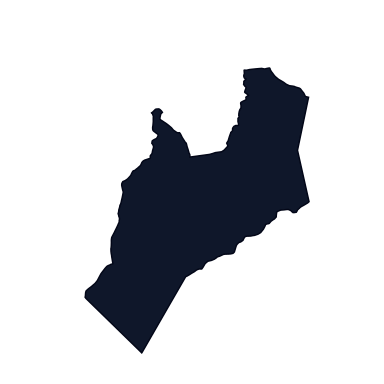 the district of Morne Ciseaux, Anse-la-Raye, Saint Lucia, rotated 48°
{"feature_id": "8701671B86288644178895", "entity_name": "Morne Ciseaux", "entity_type": "district", "adm_level": 2, "iso_a3": "LCA", "parent_name": "Saint Lucia", "parent_adm1": "Anse-la-Raye", "projection": "orthographic", "projection_center": [-61.005, 13.936], "detail": "fine", "context": "isolated", "style": "filled", "palette": "ink", "viewbox_px": 384, "rotation_deg": 48, "n_neighbors": 0, "source": "geoboundaries", "source_scale": "gbopen_adm2", "svg_char_len": 4827}
<svg xmlns="http://www.w3.org/2000/svg" viewBox="0 0 384 384"><g transform="rotate(48 192 192)"><path d="M199.6,42.0L197.4,43.5L196.8,43.8L193.4,42.8L190.1,42.6L188.0,42.4L186.7,42.7L183.3,44.8L181.9,45.4L180.5,46.5L178.2,48.5L177.0,49.0L175.2,49.8L173.4,50.2L171.8,50.5L168.6,51.5L166.2,52.3L161.9,52.9L160.8,52.9L159.3,52.8L157.6,52.6L156.0,52.5L154.8,52.3L153.6,52.0L152.3,51.4L151.8,51.4L151.3,52.0L150.2,53.8L149.6,55.0L149.2,55.7L146.8,57.5L145.0,59.8L142.1,63.7L139.5,67.3L138.0,70.0L137.6,70.4L137.2,70.8L136.4,71.6L136.5,71.9L137.4,72.6L139.2,74.0L139.5,74.7L139.7,75.0L140.3,75.8L141.1,76.3L141.7,76.6L142.4,76.8L143.4,76.5L143.7,76.4L143.9,76.4L144.1,76.3L144.4,76.8L144.3,77.2L144.3,77.6L144.3,78.6L144.6,79.6L145.1,80.0L146.0,80.9L146.5,81.6L147.5,81.8L148.9,81.9L149.8,81.8L150.4,81.8L151.2,82.8L151.5,83.5L152.3,85.0L152.7,85.6L153.0,86.0L153.7,86.1L154.5,85.9L155.3,85.7L156.7,85.5L158.0,85.4L158.0,86.0L157.6,87.6L157.6,88.4L158.1,89.0L158.5,89.2L158.7,89.3L159.1,89.5L159.5,90.1L159.4,91.0L158.9,92.6L158.4,94.4L158.2,95.5L158.3,96.1L158.9,96.7L159.9,97.3L160.8,97.9L161.5,98.6L161.9,99.0L162.1,99.2L162.4,99.5L162.6,100.4L162.9,101.5L163.7,102.9L165.0,104.6L165.2,104.8L166.5,106.1L167.7,106.6L167.9,107.3L168.0,108.5L169.0,109.4L170.4,110.7L172.3,111.7L173.6,112.8L173.2,113.6L171.9,114.9L171.3,116.9L171.6,118.5L172.0,119.4L173.4,120.7L173.7,121.6L173.7,123.3L174.1,123.8L174.8,125.2L175.9,127.2L178.1,130.8L178.9,133.5L180.4,134.0L181.5,134.4L181.9,134.6L182.4,140.3L181.9,143.1L178.4,148.2L177.1,151.2L175.8,153.8L173.9,156.6L164.7,170.1L162.7,168.6L161.0,168.1L158.2,166.7L154.8,165.2L153.2,164.3L151.8,163.6L150.9,163.8L148.5,163.4L144.9,162.8L142.5,162.1L140.9,161.7L139.6,161.6L139.0,162.4L137.7,163.5L136.1,163.8L135.0,164.1L133.7,164.4L132.8,164.4L130.5,164.3L126.8,164.8L124.6,165.2L119.4,166.5L119.1,166.6L117.7,167.0L116.4,167.0L115.6,166.4L114.4,164.8L113.2,163.1L113.1,162.4L113.0,160.7L111.4,160.5L109.5,160.6L108.1,161.0L106.8,162.6L106.3,163.3L106.2,163.7L106.1,164.0L106.2,165.6L106.3,167.5L106.2,168.7L106.1,169.1L106.3,169.2L107.2,169.0L109.8,170.0L111.0,171.2L113.9,173.8L115.4,175.4L116.6,176.7L117.5,177.9L119.0,179.2L120.3,179.8L121.5,179.7L123.0,179.4L124.9,179.1L126.1,178.7L127.4,179.4L128.0,180.8L128.5,182.6L127.8,184.8L127.5,186.2L127.5,186.4L127.4,187.2L127.8,187.9L128.4,188.6L129.0,189.3L130.2,189.3L132.3,190.0L133.2,190.9L135.0,193.8L136.2,195.3L136.8,196.4L136.9,197.5L137.2,198.8L137.6,199.2L138.8,200.1L138.9,200.4L138.8,200.9L137.5,203.9L136.6,206.0L136.3,207.7L136.5,209.4L137.2,210.9L137.8,212.4L137.9,214.1L137.8,215.1L137.9,216.4L137.7,218.2L137.8,219.3L137.5,220.4L137.1,221.3L137.0,222.1L137.8,224.4L138.7,226.4L138.9,227.9L139.2,231.2L138.8,234.1L138.2,235.8L138.0,236.4L138.6,238.2L139.1,238.9L139.9,239.7L141.2,240.5L144.0,242.1L145.7,242.9L146.4,243.5L149.6,247.8L151.3,250.3L151.7,250.8L152.1,251.3L153.1,252.9L153.4,253.5L153.6,254.3L154.9,256.0L155.7,257.3L156.1,258.0L156.7,258.8L157.1,259.1L158.2,260.6L158.7,261.4L160.3,262.1L160.8,262.5L162.5,263.2L163.5,263.9L164.7,265.4L165.7,266.3L166.2,267.6L167.2,269.7L167.9,271.4L168.6,273.1L169.3,274.9L170.1,276.8L171.2,279.8L171.8,281.4L171.9,281.7L172.0,282.0L173.2,283.5L174.2,284.5L175.7,285.8L178.1,288.1L179.3,289.4L179.9,290.2L180.7,290.9L181.3,291.4L182.0,292.0L183.7,293.2L185.2,294.1L186.3,294.9L188.5,296.3L190.2,297.4L192.0,298.5L192.4,298.9L191.4,300.9L191.2,302.1L190.6,303.5L190.3,305.1L190.6,307.8L191.4,312.1L191.8,314.2L192.8,317.0L193.8,319.7L194.5,321.6L195.1,325.3L195.0,327.7L195.0,329.1L194.9,331.0L194.7,332.9L194.6,334.9L194.7,337.0L195.7,338.5L198.1,341.0L198.4,341.5L198.6,341.8L200.2,342.0L206.4,341.6L276.0,337.1L277.9,337.0L277.7,336.2L261.4,286.3L251.0,254.3L250.7,253.3L251.1,252.2L251.7,249.4L252.1,246.8L252.5,244.9L252.8,243.5L253.0,240.7L253.9,238.3L255.7,236.3L255.3,234.3L254.0,230.2L254.0,226.7L255.9,223.2L256.9,220.2L257.2,218.0L257.2,216.5L258.2,214.4L259.4,210.4L260.3,209.0L262.6,206.3L263.9,204.6L265.0,202.6L265.0,201.8L264.9,200.6L263.6,198.5L261.9,195.7L261.1,194.0L260.9,191.6L260.9,191.0L261.7,189.2L261.9,187.7L262.0,186.4L261.1,184.3L260.7,182.2L261.8,180.4L262.7,179.4L264.1,177.7L265.0,176.1L266.1,174.5L267.5,171.2L267.8,169.7L268.1,168.1L267.8,166.3L267.4,163.8L266.4,161.1L265.7,159.6L265.4,159.0L265.6,158.5L265.8,157.8L266.2,157.2L266.8,156.2L267.0,155.6L266.9,155.0L266.8,154.3L266.7,153.4L266.6,152.9L266.9,150.1L267.2,148.7L267.0,147.2L266.9,146.1L265.6,144.8L264.4,143.4L263.6,142.8L263.8,140.9L264.8,138.2L266.8,135.6L268.1,133.7L269.3,132.2L270.5,131.6L271.9,131.0L273.8,130.9L274.5,130.7L274.9,130.7L275.7,129.8L276.4,128.7L276.8,128.1L276.7,127.7L276.3,126.4L275.9,125.6L275.9,123.0L275.8,122.1L276.0,120.4L276.6,117.9L276.9,116.4L277.5,113.4L277.5,111.5L231.6,85.7L199.6,42.0Z" fill="#0f172a" stroke="#020617" stroke-width="1.5"/></g></svg>